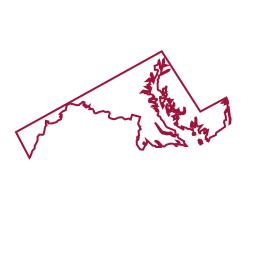 Maryland, Natural Earth projection, rotated 331°
{"feature_id": "USA-3557", "entity_name": "Maryland", "entity_type": "State", "adm_level": 1, "iso_a3": "USA", "parent_name": "United States of America", "parent_adm1": "", "projection": "natural_earth1", "projection_center": [-76.6, 38.826], "detail": "fine", "context": "isolated", "style": "outline", "palette": "rose", "viewbox_px": 256, "rotation_deg": 331, "n_neighbors": 0, "source": "natural_earth", "source_scale": "10m", "svg_char_len": 6020}
<svg xmlns="http://www.w3.org/2000/svg" viewBox="0 0 256 256"><g transform="rotate(331 128 128)"><path d="M201.3,176.7L195.0,176.2L191.8,178.7L191.0,177.6L192.3,175.1L191.1,175.9L190.5,175.5L192.0,173.0L193.9,172.2L197.0,168.5L196.3,168.4L194.6,169.7L192.3,170.1L192.0,169.7L192.0,169.3L193.3,168.3L193.5,167.7L193.3,167.4L195.5,166.6L195.3,166.0L194.7,165.8L190.1,166.0L189.2,166.2L188.8,167.6L188.4,167.7L188.0,167.1L188.5,163.8L193.5,161.6L190.8,161.0L189.9,160.6L189.5,159.4L190.2,156.9L192.1,153.6L192.4,151.9L191.5,152.0L191.0,153.7L188.4,156.8L187.0,160.7L186.7,158.8L185.4,157.0L185.7,156.3L187.0,155.8L187.3,154.9L186.9,153.6L185.7,154.3L183.6,157.3L184.4,158.1L184.5,159.6L183.6,161.6L181.6,158.7L179.9,157.9L179.2,156.5L175.7,152.6L175.2,153.1L175.9,155.6L175.7,156.8L175.2,155.3L172.4,150.9L171.8,149.0L170.8,147.9L170.7,146.7L172.2,146.5L172.8,148.3L173.3,148.4L174.2,145.3L177.0,144.0L176.7,143.4L177.4,142.7L177.1,141.9L176.2,141.7L175.7,141.8L174.8,143.1L172.3,142.9L173.6,140.9L172.6,139.4L175.4,139.8L177.9,139.0L177.0,139.8L177.9,140.6L178.8,140.4L180.0,141.5L181.0,141.2L182.8,142.6L184.7,142.7L186.6,140.4L187.3,137.8L186.9,137.5L185.2,140.6L184.1,141.2L180.5,139.4L181.0,137.5L179.1,138.2L178.2,137.8L180.4,135.9L177.7,136.2L177.3,135.5L177.8,134.7L177.6,133.6L176.2,136.5L174.5,134.3L174.9,133.1L176.1,133.3L174.6,131.9L173.7,132.3L172.8,134.3L172.0,133.9L171.7,132.2L172.1,130.8L171.2,131.7L171.1,133.1L170.4,134.1L170.4,136.4L169.7,136.6L169.8,133.5L171.4,128.2L173.4,126.2L173.7,126.3L173.4,127.2L175.6,129.0L175.6,130.1L177.4,131.9L179.3,131.0L180.3,129.4L180.1,128.5L178.6,130.0L177.2,130.3L176.4,128.7L176.7,126.8L180.4,125.0L178.2,124.1L178.5,122.4L177.9,122.3L177.4,124.0L176.2,125.0L176.3,121.8L174.8,120.8L174.0,120.9L172.8,122.2L170.3,122.9L170.3,125.8L168.2,127.1L169.0,121.0L170.9,116.5L171.8,116.6L172.3,118.7L175.4,119.6L176.2,119.3L178.3,117.6L178.5,116.5L177.6,114.9L179.1,114.6L178.8,114.2L182.2,109.9L179.3,111.5L178.2,111.1L178.8,110.3L177.2,111.1L175.6,115.2L175.9,117.3L175.3,117.4L174.2,116.3L174.7,114.8L174.5,112.6L174.2,111.0L172.8,109.6L172.8,108.6L175.5,103.3L177.0,101.8L177.2,100.2L179.1,99.4L180.4,97.1L183.9,97.6L191.5,97.7L192.4,97.1L191.3,96.6L184.8,96.6L183.6,95.9L186.3,92.6L188.1,91.3L192.4,92.1L190.4,90.3L189.9,89.3L191.8,87.7L192.7,85.1L191.6,85.5L189.4,88.6L185.1,92.5L185.1,90.7L187.2,87.1L188.1,83.9L187.3,84.1L186.1,86.0L184.7,87.1L181.4,86.6L179.7,90.1L182.2,91.5L182.1,92.2L179.6,94.9L175.7,97.5L174.9,96.7L174.8,95.6L175.4,91.7L174.6,91.3L173.7,92.4L173.1,96.7L174.0,98.7L172.3,100.6L171.9,97.9L171.0,95.3L170.4,95.1L167.0,95.9L169.9,97.2L169.8,98.3L170.1,98.3L168.2,99.4L168.4,100.4L165.9,99.8L165.7,100.1L167.5,102.8L167.0,103.6L165.1,101.3L163.3,100.6L164.9,103.6L166.1,104.6L167.2,104.7L164.8,107.1L165.0,105.8L164.5,105.7L163.9,106.4L162.6,106.3L162.9,105.3L159.3,102.6L156.9,103.4L159.3,104.3L159.6,105.9L160.9,106.2L161.7,108.1L162.8,109.0L163.4,108.7L165.5,110.7L166.2,113.1L165.6,114.3L165.1,113.1L164.5,113.0L162.6,113.7L161.7,113.3L161.8,113.9L166.6,116.0L167.3,116.7L167.1,117.3L165.0,117.8L164.5,118.8L162.0,116.9L160.2,113.8L159.4,114.4L159.3,115.9L160.6,116.3L163.2,118.9L163.9,120.8L164.7,121.3L164.1,121.9L164.4,123.1L162.5,122.3L161.4,120.9L159.9,120.5L159.4,120.8L160.9,121.7L162.8,123.9L162.7,124.9L160.8,124.3L161.5,125.5L160.8,126.3L161.1,127.2L162.9,126.9L162.8,128.0L161.1,130.4L160.2,130.8L160.3,132.0L161.6,133.7L161.2,136.5L162.1,139.2L162.0,144.9L162.7,146.7L167.9,153.0L167.4,154.8L166.2,156.6L164.7,156.4L163.8,155.8L163.9,154.2L163.3,152.6L160.6,151.6L156.3,147.9L154.3,136.3L154.7,147.2L155.4,149.3L157.1,150.8L158.6,152.2L162.1,154.0L162.8,156.1L164.8,158.2L166.8,157.3L168.3,157.9L167.2,159.7L167.4,160.9L167.7,161.9L170.7,166.9L169.8,168.0L170.6,172.3L169.3,171.6L167.3,169.0L166.4,168.7L165.5,167.3L165.9,165.8L165.6,164.0L164.5,163.1L164.9,164.8L164.0,166.9L162.4,165.4L161.8,167.3L161.2,166.9L160.4,164.4L159.7,163.5L157.2,162.1L153.6,161.3L151.0,161.9L148.7,160.4L148.9,159.1L147.7,154.2L145.2,152.2L146.8,156.0L147.1,160.2L143.4,158.3L143.3,157.0L141.0,155.3L138.4,147.5L138.1,149.0L137.1,150.5L135.5,151.6L135.0,151.5L135.3,148.7L135.0,148.3L133.7,149.1L134.7,150.3L133.7,152.2L130.6,154.2L128.2,152.5L127.7,146.8L129.5,143.2L131.4,143.2L132.2,142.1L130.5,142.7L131.5,140.5L134.1,139.8L135.8,135.7L137.8,135.1L139.3,135.3L138.3,134.7L138.7,132.8L139.3,132.6L138.6,131.4L139.0,130.0L138.8,129.3L144.0,124.2L138.0,118.4L134.4,121.9L133.2,120.1L129.3,118.9L128.5,116.5L127.5,115.4L124.8,114.3L120.8,113.9L119.7,113.3L117.4,111.1L116.6,109.5L116.9,108.5L119.1,106.4L119.2,105.2L118.8,104.3L116.0,103.1L114.6,101.2L110.7,100.0L107.5,99.8L106.6,99.4L105.9,98.3L106.5,95.1L106.1,94.2L103.4,92.8L104.4,92.0L104.1,90.7L105.1,89.7L102.8,90.0L102.2,89.3L102.7,88.2L102.0,87.4L101.0,89.0L100.1,86.2L102.1,85.2L102.3,84.4L101.6,83.5L100.6,83.2L99.5,83.9L98.3,83.6L96.1,84.1L94.2,83.2L90.8,79.8L88.7,78.4L86.4,78.3L85.1,78.9L82.1,82.2L79.3,81.8L75.1,82.8L76.3,84.5L74.1,85.0L74.0,85.8L75.1,86.3L73.5,87.9L70.2,87.5L68.6,88.2L63.8,87.2L60.9,85.5L60.5,84.5L61.4,83.6L59.7,82.0L58.0,84.7L58.2,86.0L56.3,86.7L51.3,92.4L50.1,92.6L47.3,90.8L44.8,91.7L43.3,94.4L41.5,96.1L37.9,98.3L36.2,100.8L33.6,101.4L28.5,105.8L27.3,106.4L28.0,77.3L194.7,77.3L199.2,148.7L226.9,149.1L226.9,149.4L226.6,150.3L225.3,150.0L226.2,151.7L226.0,152.4L223.2,151.2L222.5,151.6L224.7,152.5L225.0,153.7L224.4,154.2L226.1,154.3L226.4,155.8L223.3,161.6L221.8,161.6L222.2,160.0L220.1,161.3L219.1,165.3L217.6,168.5L216.0,168.2L214.6,169.7L214.8,170.1L213.6,173.9L202.8,175.0L201.3,176.7ZM218.8,173.5L221.7,168.9L222.6,165.3L225.5,158.9L226.5,157.6L223.0,166.4L222.2,169.7L219.7,173.4L218.8,173.5ZM185.6,177.4L184.3,177.0L184.5,177.4L183.3,177.4L183.0,175.1L183.9,174.8L184.7,175.3L185.2,174.7L183.5,173.6L183.5,173.1L184.5,172.6L185.9,173.7L186.2,175.2L185.6,177.4ZM183.8,166.4L181.5,165.7L181.7,164.4L183.1,163.4L184.2,164.7L183.8,166.4ZM228.7,149.1L228.4,152.8L227.1,155.7L228.1,149.1L228.7,149.1Z" fill="none" stroke="#9f1239" stroke-width="2"/></g></svg>